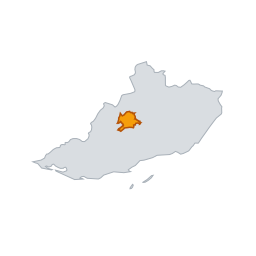 location of Juticalpa, Olancho, Honduras, rotated 165°
{"feature_id": "27666195B18258905744745", "entity_name": "Juticalpa", "entity_type": "district", "adm_level": 2, "iso_a3": "HND", "parent_name": "Honduras", "parent_adm1": "Olancho", "projection": "mercator", "projection_center": [-86.362, 14.531], "detail": "fine", "context": "in_parent", "style": "filled", "palette": "amber", "viewbox_px": 256, "rotation_deg": 165, "n_neighbors": 0, "source": "geoboundaries", "source_scale": "gbopen_adm2", "svg_char_len": 5594}
<svg xmlns="http://www.w3.org/2000/svg" viewBox="0 0 256 256"><g transform="rotate(165 128 128)"><path d="M228.7,120.0L220.4,119.5L216.4,120.5L214.7,122.8L213.2,123.9L212.0,123.6L209.5,124.6L205.7,126.6L202.3,127.4L199.2,126.9L198.3,127.4L198.1,128.1L197.7,128.8L196.5,129.1L195.1,128.9L193.6,128.2L192.8,128.5L192.7,129.9L191.9,130.2L190.3,129.6L188.6,130.1L186.6,131.7L183.9,132.0L180.4,131.1L177.7,129.4L175.7,126.8L173.4,126.1L169.4,128.0L167.7,130.3L167.3,131.7L167.7,132.9L167.0,133.7L165.1,134.1L163.7,135.7L162.7,138.3L162.5,140.3L163.1,141.8L162.1,142.8L159.7,143.5L156.8,145.8L153.4,149.6L150.1,152.3L146.8,153.8L145.2,155.5L145.3,157.4L145.1,158.0L144.4,158.2L143.4,158.5L137.0,154.4L135.1,151.6L133.5,152.0L131.5,153.4L128.7,156.6L125.7,160.9L124.2,161.4L116.6,160.8L112.6,161.2L111.8,161.7L111.4,163.3L111.7,165.5L112.8,173.1L113.4,176.2L112.8,177.2L110.7,177.3L108.1,177.8L106.6,179.2L106.3,180.7L106.2,182.7L105.3,184.9L103.7,186.4L102.1,186.9L93.0,187.3L93.2,183.8L90.6,182.4L89.1,179.5L87.8,177.5L88.2,176.3L88.1,174.9L84.4,173.8L81.0,174.6L79.0,174.1L77.5,173.3L80.1,171.6L80.2,170.5L79.4,169.8L78.6,169.3L78.8,167.3L79.4,165.0L80.8,159.5L80.2,158.6L77.9,156.9L75.0,156.8L71.8,157.3L70.3,156.5L68.9,154.6L66.6,153.7L62.6,155.2L58.3,157.4L56.9,158.2L55.8,158.1L55.4,156.5L55.1,154.5L54.9,154.0L52.6,153.3L49.9,152.7L48.5,152.2L47.3,150.8L44.1,149.1L43.3,147.8L39.0,144.8L38.2,143.3L37.2,142.2L35.1,140.9L33.5,141.2L28.1,139.5L27.3,139.3L28.0,137.8L29.7,135.5L33.5,132.9L33.8,130.8L32.8,126.8L31.8,124.2L32.4,123.1L33.5,118.4L34.4,117.3L39.8,114.9L40.3,114.6L44.6,111.3L49.3,107.6L54.2,103.5L59.7,99.0L62.7,96.3L64.1,95.2L67.3,96.1L69.7,94.0L71.2,93.3L74.5,90.7L75.6,90.1L81.2,89.1L83.9,89.1L86.3,91.7L88.2,93.1L91.7,91.9L94.7,91.6L107.0,94.1L111.9,93.0L120.8,92.8L124.9,93.4L130.6,89.9L134.2,89.2L138.5,87.6L137.9,86.0L136.9,85.2L143.5,85.9L153.2,89.4L163.6,88.8L167.3,86.9L169.8,86.4L180.4,90.0L183.2,92.7L185.4,93.0L187.1,92.4L187.5,91.8L185.4,91.2L184.5,90.3L192.9,92.0L208.7,105.0L209.0,106.1L202.2,102.2L198.7,102.5L197.8,103.2L198.0,105.3L198.3,106.2L199.8,106.4L200.9,105.8L203.7,106.5L205.6,107.9L207.8,110.0L209.1,112.3L210.6,112.4L212.0,111.0L214.7,110.8L216.4,112.4L217.7,112.3L215.9,109.8L211.9,107.4L212.8,107.3L221.8,111.7L224.4,117.1L226.5,118.3L228.7,120.0ZM122.8,73.3L117.6,75.9L116.0,75.8L118.4,73.8L122.2,72.1L125.5,71.2L128.1,71.6L122.8,73.3ZM140.6,70.4L138.2,72.4L137.7,71.5L138.9,69.7L140.4,68.7L141.8,68.8L141.5,69.6L140.6,70.4Z" fill="#d9dde1" stroke="#a8b0b8" stroke-width="1"/><path d="M131.6,144.2L132.9,141.6L134.4,140.1L134.7,138.8L136.0,136.6L136.4,136.0L136.8,135.6L136.7,135.6L136.6,135.4L136.5,135.5L136.5,135.4L136.4,135.4L136.3,135.2L136.2,135.1L135.9,135.2L135.7,135.2L134.7,135.3L134.2,135.9L133.5,136.3L133.3,136.1L133.5,135.9L133.4,135.7L133.3,135.4L133.2,135.2L133.1,134.9L132.9,134.6L132.7,134.5L132.6,134.4L132.4,134.1L132.3,133.9L132.2,133.8L132.3,133.7L132.1,133.6L132.0,133.4L132.0,133.2L132.0,132.9L132.0,132.7L131.9,132.5L131.8,132.4L131.7,132.4L131.7,132.2L131.8,132.1L131.8,131.9L132.0,131.9L132.1,131.7L132.3,131.7L132.4,131.4L132.5,131.4L132.5,131.2L132.8,131.1L132.7,131.1L132.7,131.3L132.8,131.2L132.9,130.9L133.0,130.9L133.3,130.9L133.5,130.9L133.6,131.0L133.7,130.9L133.8,130.9L134.0,130.8L134.1,130.7L134.3,130.7L134.5,130.5L134.8,130.4L135.0,130.4L135.3,130.3L135.4,130.2L135.5,130.1L135.5,130.3L135.6,130.1L135.8,130.0L135.9,129.9L136.0,129.9L136.0,130.0L136.2,129.9L136.2,129.7L136.3,129.4L136.4,129.1L136.5,129.1L136.5,128.9L136.6,128.7L136.8,128.7L137.0,128.8L137.1,129.0L137.2,129.3L137.3,129.3L137.4,129.5L137.5,129.4L137.4,129.2L137.5,129.1L137.8,129.1L137.9,128.9L138.0,128.9L138.3,128.7L136.5,127.5L135.8,126.7L132.0,128.4L131.7,129.0L127.7,128.4L126.8,128.4L124.2,127.6L122.7,126.8L122.5,127.0L122.4,127.2L122.4,127.3L122.2,127.5L122.0,127.9L122.0,128.0L121.9,128.2L121.8,129.4L120.8,129.4L120.7,129.3L120.6,129.2L120.4,129.1L120.2,129.1L120.2,129.3L120.0,129.5L119.9,129.6L119.3,130.5L117.3,130.3L117.2,130.2L116.9,130.0L116.7,129.9L116.4,129.8L116.3,129.7L116.2,129.7L116.1,129.4L115.9,129.2L115.9,128.8L115.8,128.7L115.7,128.8L115.6,128.7L115.4,128.6L115.5,128.6L115.3,128.8L115.2,128.9L115.0,129.0L115.0,129.3L114.8,129.3L114.7,129.5L114.5,129.8L114.5,130.0L114.4,130.0L114.5,130.1L114.8,130.2L114.7,130.3L114.6,130.5L114.8,130.6L114.9,130.8L115.0,130.9L115.1,131.1L115.1,131.3L115.0,131.5L115.4,131.6L115.6,131.6L115.8,131.6L115.9,131.8L116.0,131.8L116.1,132.0L116.3,132.2L116.4,132.3L116.5,132.5L116.6,132.8L116.7,133.0L116.7,132.9L116.8,133.0L116.7,133.0L116.8,133.1L117.0,133.3L117.3,133.4L117.3,133.5L117.5,133.8L117.8,134.0L118.0,134.2L118.1,134.3L118.3,134.5L118.2,134.7L118.1,134.8L118.1,135.0L118.3,135.2L118.5,135.2L118.8,135.2L118.7,135.3L118.7,135.5L118.6,135.8L118.5,136.0L118.4,136.0L118.4,136.3L118.2,136.5L118.2,136.8L118.1,137.0L118.1,137.3L118.2,137.5L118.2,137.8L118.2,138.1L118.3,138.3L118.4,138.5L118.5,138.7L118.5,138.8L118.5,139.0L118.6,139.3L118.6,139.5L118.6,139.8L118.6,140.0L118.4,140.1L118.2,140.2L118.1,140.4L117.9,140.6L117.7,140.7L119.5,141.1L119.7,141.4L119.8,141.5L119.9,141.4L119.9,141.5L120.0,141.7L120.1,141.8L120.1,142.0L120.3,142.0L120.5,142.0L120.9,142.2L121.3,142.1L121.4,142.3L121.5,142.4L121.7,142.6L121.9,142.8L122.1,143.6L124.5,143.8L124.9,143.8L125.0,143.8L125.1,143.7L125.3,143.8L125.4,143.7L125.5,143.6L125.9,143.4L126.0,143.3L126.3,143.2L126.5,142.9L126.9,142.6L127.1,142.6L127.3,142.5L127.4,142.4L127.5,142.3L127.7,142.2L128.0,142.1L128.2,141.9L128.3,141.8L128.3,141.7L130.4,141.2L131.6,144.2Z" fill="#f59e0b" stroke="#b45309" stroke-width="1.5"/></g></svg>